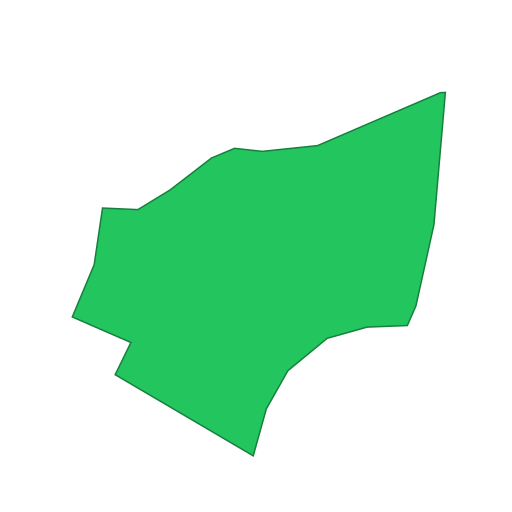 Gangdong-gu, Seoul, South Korea (Albers equal-area conic projection), rotated 11°
{"feature_id": "91817680B8309013283439", "entity_name": "Gangdong-gu", "entity_type": "district", "adm_level": 2, "iso_a3": "KOR", "parent_name": "South Korea", "parent_adm1": "Seoul", "projection": "albers", "projection_center": [127.15, 37.543], "detail": "fine", "context": "isolated", "style": "filled", "palette": "green", "viewbox_px": 512, "rotation_deg": 11, "n_neighbors": 0, "source": "geoboundaries", "source_scale": "gbopen_adm2", "svg_char_len": 428}
<svg xmlns="http://www.w3.org/2000/svg" viewBox="0 0 512 512"><g transform="rotate(11 256 256)"><path d="M405.8,60.5L295.3,135.9L242.2,152.1L214.4,154.4L193.6,168.3L159.0,207.6L131.2,233.0L96.2,238.2L98.8,295.4L87.3,350.9L149.7,364.8L140.4,399.4L291.4,452.7L295.3,404.1L309.2,362.5L341.6,323.2L378.6,304.6L417.8,295.4L422.5,274.6L424.7,191.4L410.7,59.3L405.8,60.5Z" fill="#22c55e" stroke="#15803d" stroke-width="1.5"/></g></svg>